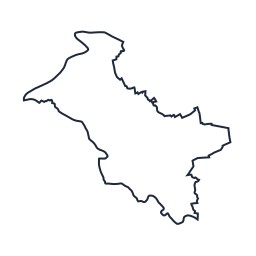 outline of Phu Cu, Hưng Yên, Vietnam, rotated 173°
{"feature_id": "81297802B40785510400399", "entity_name": "Phu Cu", "entity_type": "district", "adm_level": 2, "iso_a3": "VNM", "parent_name": "Vietnam", "parent_adm1": "Hưng Yên", "projection": "albers", "projection_center": [106.192, 20.713], "detail": "fine", "context": "isolated", "style": "outline", "palette": "slate", "viewbox_px": 256, "rotation_deg": 173, "n_neighbors": 0, "source": "geoboundaries", "source_scale": "gbopen_adm2", "svg_char_len": 5728}
<svg xmlns="http://www.w3.org/2000/svg" viewBox="0 0 256 256"><g transform="rotate(173 128 128)"><path d="M28.1,101.4L28.4,105.6L28.5,109.8L28.4,111.2L28.5,113.8L28.3,115.6L44.6,120.8L44.5,121.3L44.5,122.0L46.3,122.2L48.7,122.3L51.4,122.2L52.8,122.7L53.2,122.9L53.5,123.1L53.6,124.0L55.2,124.0L55.2,130.5L55.3,134.2L55.7,135.3L56.6,140.1L57.4,139.9L59.8,139.3L59.2,137.4L63.9,134.4L65.2,133.8L66.8,133.3L73.0,131.5L73.7,133.3L74.7,135.4L77.2,134.3L80.1,133.2L80.7,135.3L80.8,135.4L81.0,135.4L81.4,135.3L83.5,134.1L84.5,135.4L85.1,135.3L89.6,135.4L90.3,135.3L90.9,136.3L92.4,137.7L95.2,139.5L96.3,140.4L96.7,141.2L96.9,142.6L96.8,144.8L96.9,145.3L97.3,146.1L98.2,147.1L98.7,147.0L99.1,147.0L99.6,147.3L99.9,147.7L100.0,148.3L100.1,149.1L100.6,149.9L101.1,150.7L99.5,150.7L96.8,150.9L97.1,151.7L97.7,153.3L98.5,154.7L100.8,153.1L102.4,152.3L103.0,152.0L103.5,153.0L104.8,153.9L104.9,154.3L104.9,155.1L105.0,155.5L107.0,158.3L106.6,160.1L106.2,162.4L108.6,162.3L109.4,161.4L109.8,162.1L110.4,162.0L111.8,161.4L113.6,160.5L114.2,162.2L115.4,161.7L116.5,161.4L116.6,162.7L116.6,166.8L116.8,167.5L117.6,167.5L119.3,166.9L121.0,166.8L122.5,167.0L123.3,167.2L123.6,167.4L124.0,167.9L124.2,169.4L124.4,169.7L125.0,169.9L125.6,170.0L128.3,178.1L130.0,176.9L132.7,179.8L134.1,184.4L134.4,190.4L134.8,193.8L134.9,196.9L131.2,197.6L130.7,200.3L128.8,200.3L128.2,201.8L128.0,202.1L127.5,202.5L126.4,203.1L126.1,203.3L126.0,203.5L126.0,204.7L125.7,205.1L125.4,205.2L124.9,204.9L124.6,204.8L124.1,205.1L123.7,205.2L123.3,205.0L122.8,205.1L122.5,205.2L122.3,205.6L123.5,208.4L123.8,209.7L124.0,210.6L123.9,211.0L122.7,213.1L122.2,214.1L123.6,214.9L126.0,216.6L132.5,220.7L136.0,223.3L138.8,225.3L139.5,225.7L140.1,225.9L141.5,226.1L144.9,226.6L152.7,227.1L154.3,227.3L155.8,227.6L160.0,228.9L161.6,229.2L164.5,229.2L166.8,229.1L168.0,228.9L168.8,228.5L169.1,227.9L169.3,227.2L169.3,226.6L169.3,226.1L169.1,225.4L168.4,223.9L167.9,223.1L165.8,220.9L163.8,219.0L160.5,215.4L158.3,212.3L158.1,211.9L158.0,211.5L157.9,211.0L158.1,210.5L158.4,210.1L159.7,209.2L161.4,208.4L163.0,207.9L164.8,207.5L168.5,207.2L171.3,206.7L175.7,205.4L178.0,204.5L179.1,204.0L180.1,203.1L180.6,202.4L181.6,200.7L182.9,198.0L183.9,196.2L184.8,195.0L188.3,191.4L193.0,187.8L195.5,186.0L197.5,184.8L199.8,183.7L201.5,183.1L202.5,182.6L206.6,181.3L208.3,180.7L210.1,180.2L212.4,179.4L214.4,178.9L217.6,177.6L223.3,175.1L224.5,174.3L225.4,173.6L227.1,171.5L227.4,170.8L227.8,170.0L227.8,169.5L227.9,168.1L221.8,168.6L221.0,168.6L218.6,168.0L217.9,167.7L215.7,166.3L213.0,163.8L212.7,163.9L210.8,165.7L210.6,165.8L210.2,165.6L208.0,164.1L206.9,164.8L206.2,164.6L205.6,164.7L204.1,165.5L203.7,165.6L203.1,165.4L202.5,164.9L201.6,164.9L201.1,165.3L200.8,165.3L200.5,165.1L200.2,164.9L200.0,164.0L200.0,162.9L200.2,162.0L198.5,161.4L198.0,161.1L197.8,160.7L197.8,160.4L197.9,158.8L197.9,158.1L197.8,157.9L197.4,157.4L196.1,156.3L195.5,155.6L195.0,154.6L194.7,153.2L194.3,152.7L193.4,151.9L191.2,150.1L187.4,147.4L182.2,143.5L180.7,142.6L180.0,142.2L178.0,141.4L174.1,140.3L173.3,139.9L173.1,139.7L172.5,139.0L172.2,138.1L170.9,135.5L170.2,133.1L169.8,132.4L168.8,129.9L168.6,129.4L168.3,126.7L168.0,123.5L168.0,122.9L167.9,122.3L167.6,121.6L166.7,120.5L165.1,118.9L163.7,117.2L162.5,115.1L161.7,113.1L161.4,112.4L161.0,111.8L160.7,111.4L160.3,111.1L159.2,110.3L158.5,109.7L156.8,109.0L154.2,107.3L153.4,106.4L152.1,104.0L151.8,103.1L151.7,102.7L151.8,102.2L153.0,101.3L153.6,100.8L153.9,100.7L154.4,100.5L155.2,100.5L160.1,101.2L160.4,101.2L160.6,100.9L160.6,100.7L160.8,99.0L161.1,96.9L161.2,95.7L161.2,93.4L160.9,91.0L160.4,88.0L159.5,85.1L158.5,82.2L158.4,81.8L158.5,80.3L158.4,79.5L157.3,77.5L157.4,76.6L157.3,75.9L157.1,75.7L156.8,75.5L156.1,75.4L155.1,75.3L154.1,75.2L149.2,74.1L145.2,73.8L144.1,73.8L142.1,73.9L141.6,73.8L140.8,73.5L139.3,72.2L138.6,71.5L137.8,70.8L135.2,69.3L134.9,69.0L133.7,67.2L132.5,65.9L132.1,65.3L131.5,63.8L130.7,60.5L130.5,60.1L129.7,59.1L128.8,58.2L128.4,57.8L127.9,57.2L127.7,56.7L127.6,55.7L127.3,54.8L126.8,53.9L124.5,54.0L123.7,53.9L123.1,53.6L122.0,52.9L121.4,52.6L120.9,52.5L120.2,52.6L119.5,53.0L118.8,53.5L117.9,54.3L117.2,55.4L116.3,57.2L115.9,57.7L115.5,58.1L114.8,58.3L114.2,58.3L111.8,57.7L111.2,57.3L110.3,56.6L109.7,56.0L109.1,55.3L108.5,54.5L107.8,53.1L107.0,51.1L106.7,50.4L105.1,48.5L104.6,47.6L103.7,46.6L102.5,44.7L102.3,44.2L102.3,43.6L102.5,43.1L102.8,42.7L103.1,42.5L104.4,41.8L105.0,41.3L105.4,40.8L105.5,40.3L105.5,39.8L105.3,39.3L104.9,38.8L104.4,38.0L103.6,37.2L103.1,36.9L102.7,36.8L102.3,36.8L101.9,36.9L101.4,37.1L100.5,37.9L99.6,38.4L99.2,38.5L98.9,38.4L98.6,38.0L98.1,36.7L97.6,35.2L97.3,34.7L95.6,32.5L94.4,30.6L93.7,29.7L92.0,27.8L91.4,27.3L90.9,26.9L90.4,26.8L89.3,26.8L86.3,27.6L85.5,28.0L84.9,28.3L84.6,28.9L84.2,29.6L83.7,31.6L83.4,32.1L83.1,32.7L82.5,33.1L81.5,33.6L80.5,33.8L79.6,34.0L78.9,33.9L78.0,33.7L77.1,33.4L74.2,32.0L72.6,30.9L70.1,28.7L69.7,30.8L69.3,33.0L69.1,34.6L72.2,35.5L71.6,37.3L72.9,38.7L73.1,39.1L73.3,40.2L73.6,42.2L73.7,42.6L74.0,43.0L74.2,43.5L74.3,45.1L72.3,45.2L68.3,45.1L68.6,46.8L68.5,47.2L67.8,48.5L67.1,49.5L67.4,49.9L67.6,50.7L67.7,51.2L67.6,52.7L67.7,53.0L67.9,53.4L68.2,53.7L69.5,54.8L69.8,55.2L69.8,55.8L69.6,56.4L68.9,58.1L68.8,58.6L68.8,59.0L68.9,60.3L69.0,62.3L68.9,63.5L68.6,64.3L67.5,66.2L65.4,66.4L65.0,66.6L64.7,66.8L64.5,67.0L63.9,67.9L64.3,68.0L65.8,69.2L66.4,70.2L67.1,70.7L68.2,70.3L69.6,71.0L70.0,71.3L70.3,71.6L70.5,72.0L70.6,73.5L70.9,73.9L71.5,74.1L74.7,74.0L73.1,75.6L71.6,77.5L68.3,81.2L67.9,81.7L67.7,82.2L67.8,84.6L67.9,86.9L67.9,87.7L66.2,88.4L63.4,89.4L62.3,89.7L51.0,89.0L51.3,90.8L49.9,91.3L47.7,92.1L45.5,93.1L44.1,93.5L38.6,95.0L37.7,96.0L36.5,97.5L36.3,98.0L36.3,98.8L35.0,99.3L28.1,101.4Z" fill="none" stroke="#1e293b" stroke-width="2"/></g></svg>